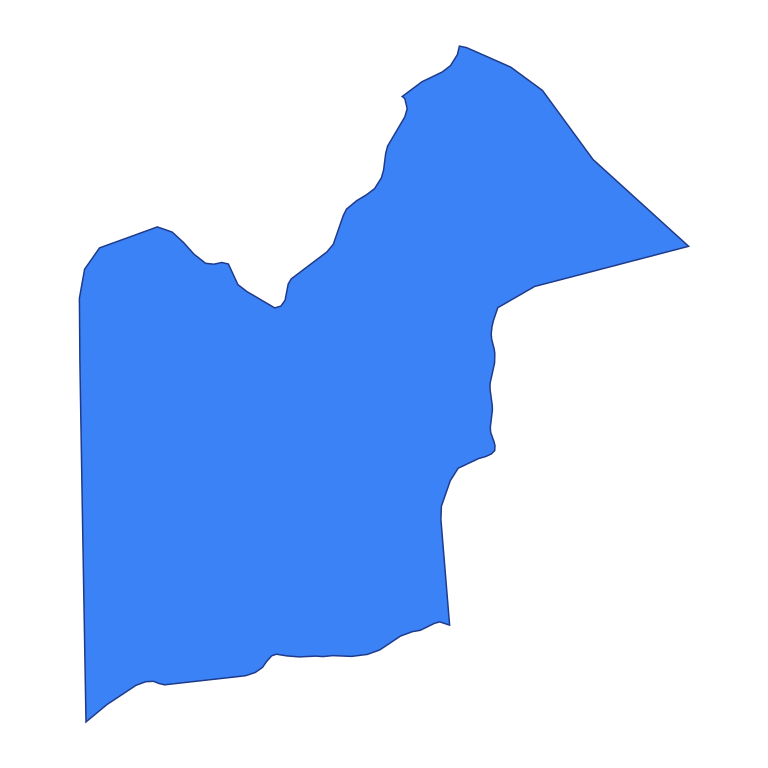 the border of Orange Walk
{"feature_id": "BLZ-1326", "entity_name": "Orange Walk", "entity_type": "District", "adm_level": 1, "iso_a3": "BLZ", "parent_name": "Belize", "parent_adm1": "", "projection": "albers", "projection_center": [-88.77, 17.784], "detail": "fine", "context": "isolated", "style": "filled", "palette": "blue", "viewbox_px": 768, "rotation_deg": 0, "n_neighbors": 0, "source": "natural_earth", "source_scale": "10m", "svg_char_len": 1314}
<svg xmlns="http://www.w3.org/2000/svg" viewBox="0 0 768 768"><path d="M86.0,721.9L82.5,519.5L79.9,361.8L79.4,298.2L84.6,269.2L89.9,261.7L99.5,247.9L157.3,226.9L172.2,232.1L183.6,242.6L194.0,254.2L205.6,263.3L213.9,264.2L221.8,262.5L228.4,264.0L237.9,284.6L246.8,291.5L274.7,307.9L280.9,306.1L285.1,300.2L288.2,284.0L291.3,278.8L326.8,252.0L333.3,244.3L343.2,215.7L346.5,209.1L356.9,200.5L366.3,194.9L374.6,188.6L381.4,177.8L383.6,169.9L385.7,153.4L387.6,146.1L404.8,116.9L407.2,108.7L404.8,98.6L402.2,96.5L422.0,81.7L442.2,72.0L450.5,65.6L457.4,54.6L459.4,46.1L466.5,47.6L510.7,67.1L542.5,90.5L593.0,159.5L688.6,246.3L534.5,286.5L497.8,307.7L493.5,320.3L492.0,326.6L491.2,334.0L491.7,339.3L494.2,349.1L494.8,353.5L494.6,362.9L490.3,382.3L490.0,385.5L490.1,389.6L492.3,405.9L492.4,410.0L490.3,427.4L490.7,432.5L494.1,442.0L495.0,445.8L494.7,450.6L491.4,453.9L485.8,456.5L478.7,458.5L458.2,468.2L450.3,480.6L441.4,506.2L440.9,519.3L449.6,625.1L439.8,621.9L434.5,623.3L420.3,630.3L412.2,631.7L400.4,636.1L379.8,649.9L367.4,654.4L351.6,656.4L332.8,655.6L322.8,656.6L315.6,656.1L299.2,656.9L286.8,655.9L276.4,654.2L271.7,655.8L266.6,661.5L262.5,667.4L255.2,672.5L245.6,675.7L164.6,684.8L159.0,683.5L153.5,681.3L145.8,681.7L136.0,685.3L107.0,704.5L86.0,721.9Z" fill="#3b82f6" stroke="#1e3a8a" stroke-width="1.5"/></svg>